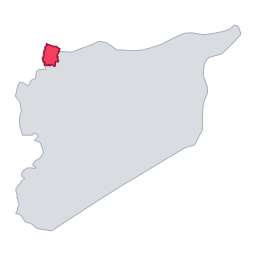 Afrin, Aleppo, Syria (highlighted)
{"feature_id": "27442178B88911382861768", "entity_name": "Afrin", "entity_type": "district", "adm_level": 2, "iso_a3": "SYR", "parent_name": "Syria", "parent_adm1": "Aleppo", "projection": "robinson", "projection_center": [36.751, 36.572], "detail": "fine", "context": "in_parent", "style": "filled", "palette": "rose", "viewbox_px": 256, "rotation_deg": 0, "n_neighbors": 0, "source": "geoboundaries", "source_scale": "gbopen_adm2", "svg_char_len": 3842}
<svg xmlns="http://www.w3.org/2000/svg" viewBox="0 0 256 256"><path d="M19.8,82.1L22.4,82.3L27.9,85.6L28.8,85.5L30.4,81.2L32.0,79.8L35.4,78.5L36.4,71.6L38.0,70.2L39.9,69.5L42.8,69.4L45.3,69.0L45.5,67.8L42.0,59.8L42.3,57.8L44.0,49.7L45.1,46.6L46.1,45.5L50.1,46.0L55.8,47.4L57.3,49.7L60.0,51.7L64.2,51.6L69.0,52.0L72.7,52.1L75.7,50.7L82.4,48.0L85.7,47.1L88.7,45.9L98.5,41.5L102.4,41.8L105.0,42.4L107.1,43.1L111.7,46.1L115.5,49.2L118.2,50.1L122.9,50.0L129.9,50.6L138.3,50.5L143.3,49.7L149.6,48.2L160.8,44.6L175.6,37.0L184.2,33.4L188.0,32.9L192.8,32.9L197.8,33.9L203.3,34.5L205.9,34.5L211.9,33.7L219.6,32.2L224.5,31.0L230.3,28.9L234.0,25.5L235.1,25.1L236.7,25.8L237.4,26.0L238.9,27.9L240.6,32.9L240.6,33.5L240.4,34.9L236.6,39.0L231.5,44.6L227.8,48.1L221.6,54.0L216.8,55.3L208.9,57.4L206.8,59.5L204.9,62.8L203.8,67.4L203.5,70.3L203.3,75.6L205.3,81.2L207.2,86.5L207.5,90.0L207.4,93.5L205.7,97.2L203.9,102.2L202.9,108.0L202.5,118.7L202.6,127.9L202.5,129.4L199.3,135.9L195.5,143.5L193.7,145.3L185.3,147.5L176.1,153.1L165.8,159.3L156.4,164.9L146.6,170.8L136.4,177.0L129.1,181.3L119.3,187.2L110.4,192.8L101.4,198.5L94.5,202.8L84.1,209.6L78.0,213.7L68.9,219.5L61.0,224.7L51.6,230.9L39.8,229.0L36.1,228.0L33.0,225.1L30.8,223.5L25.2,221.9L21.7,216.4L19.5,214.5L15.8,213.6L17.4,210.1L17.7,207.7L19.3,204.9L18.3,203.1L17.8,199.1L17.1,198.1L16.9,197.1L17.4,195.8L17.2,194.5L16.6,194.0L16.3,192.0L15.8,190.6L16.0,188.8L16.9,187.6L17.7,185.4L18.7,184.8L20.3,183.4L20.7,181.9L22.1,180.5L24.0,179.3L24.4,178.4L24.2,177.9L22.3,176.8L21.3,175.0L22.2,172.3L22.8,171.5L23.9,170.2L26.5,168.2L28.5,167.9L30.2,167.9L33.1,168.0L35.3,168.4L35.9,167.9L35.8,167.2L33.0,165.6L32.9,164.3L33.6,163.0L35.6,160.8L37.9,159.2L39.1,158.9L41.8,155.7L43.5,152.1L40.7,143.4L39.1,142.0L36.3,140.8L34.7,140.6L34.6,140.0L36.8,137.8L38.3,135.9L36.6,134.0L33.6,133.2L32.4,135.1L28.6,135.2L22.5,135.2L19.9,126.0L19.5,122.0L19.6,117.4L21.5,110.6L20.6,107.5L20.5,105.4L20.1,102.5L15.4,96.3L18.0,84.9L19.8,82.1Z" fill="#d9dde1" stroke="#a8b0b8" stroke-width="1"/><path d="M54.9,66.0L55.2,65.4L55.4,64.6L55.3,63.8L55.2,62.9L55.3,62.1L55.5,61.6L56.6,61.5L57.1,61.6L57.8,61.9L58.2,61.8L58.4,61.4L58.5,60.7L58.5,60.4L58.0,59.2L57.4,58.6L57.3,58.1L57.6,57.6L58.0,56.9L57.6,56.6L57.4,56.6L57.1,56.6L57.0,56.2L57.1,55.5L57.2,55.3L57.2,55.1L57.7,54.0L58.3,53.2L58.7,52.5L58.7,52.0L58.8,51.7L59.0,51.6L58.8,51.5L58.7,51.4L58.7,51.2L58.8,50.9L58.9,50.7L59.7,49.3L59.7,49.2L59.8,49.0L59.8,48.9L59.7,48.8L59.6,48.7L59.3,48.6L58.8,48.4L58.6,48.3L58.5,48.2L58.4,48.2L58.1,48.0L57.7,47.5L57.5,47.3L57.4,47.2L56.6,46.8L55.9,46.4L55.7,46.4L55.6,46.5L55.4,46.5L54.4,46.6L54.1,46.5L53.7,46.4L51.1,45.7L50.9,45.6L49.6,45.0L49.1,44.8L48.8,44.7L47.2,44.3L47.0,44.2L46.7,43.8L46.4,44.2L46.5,44.3L46.6,44.5L46.7,44.8L46.8,44.8L46.8,45.0L46.7,45.3L46.5,45.7L46.2,46.0L45.8,46.5L45.7,46.5L45.2,47.0L45.1,47.3L45.0,47.5L44.9,47.7L44.9,47.8L45.0,48.0L45.1,48.3L45.3,48.6L45.4,49.2L45.4,49.3L45.4,49.6L45.2,49.8L45.0,50.0L44.7,50.6L44.4,50.9L43.8,51.8L43.8,52.0L43.7,52.4L43.7,52.5L43.8,52.9L44.1,53.9L44.2,54.3L44.2,54.8L44.1,55.5L44.0,55.8L43.9,56.0L43.8,56.5L43.5,57.0L43.2,57.5L42.7,57.9L42.5,58.0L42.6,58.3L42.6,58.6L42.8,59.1L43.0,59.4L43.0,60.1L43.0,60.3L43.3,60.6L43.3,60.9L43.3,61.1L43.4,61.3L43.5,61.6L43.6,62.0L43.9,62.4L44.0,62.4L44.1,62.5L44.3,62.5L44.6,62.4L44.7,62.5L44.9,62.5L44.8,63.1L44.9,63.4L45.0,63.6L45.0,63.8L45.0,64.0L44.7,64.4L44.5,64.6L44.4,64.8L44.4,65.0L44.5,65.1L44.8,65.1L45.4,64.8L45.5,64.8L45.8,64.8L46.0,64.8L46.3,65.0L46.5,65.2L46.5,65.4L46.8,65.3L47.1,65.3L47.3,65.4L47.8,65.4L48.0,65.3L48.4,65.2L48.5,65.1L48.4,65.0L48.3,64.8L48.4,64.7L48.6,64.7L48.9,64.7L49.1,64.7L49.2,64.8L49.3,64.9L49.4,65.1L49.5,65.5L50.1,65.7L50.8,65.3L50.9,64.8L51.5,64.5L52.1,64.4L52.5,64.5L52.9,64.8L53.3,65.4L53.6,66.0L54.2,66.3L54.8,66.2L54.9,66.0Z" fill="#f43f5e" stroke="#9f1239" stroke-width="1.5"/></svg>